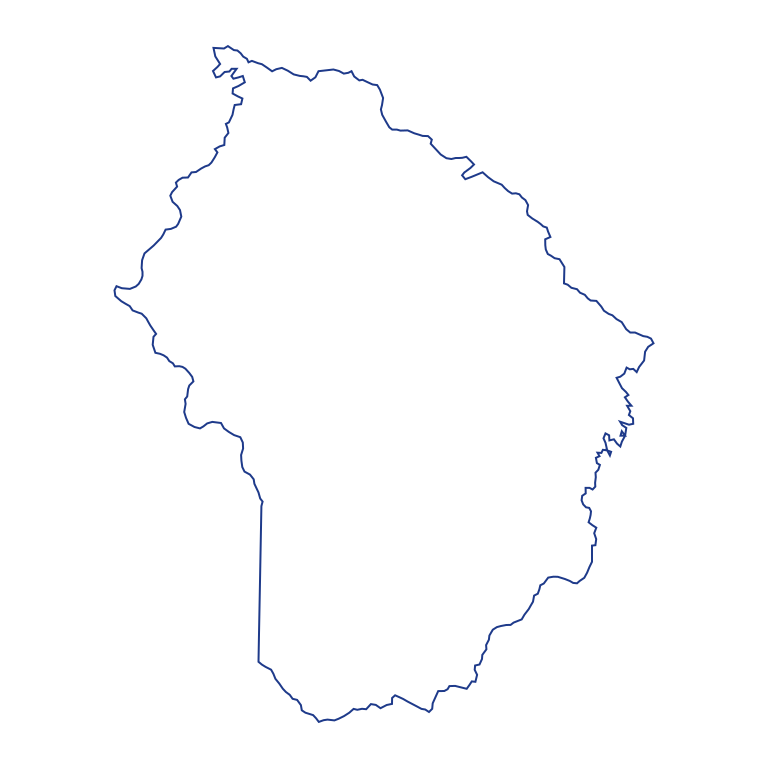 the district of Reserva, Paraná, Brazil
{"feature_id": "56859067B47646649937177", "entity_name": "Reserva", "entity_type": "district", "adm_level": 2, "iso_a3": "BRA", "parent_name": "Brazil", "parent_adm1": "Paraná", "projection": "albers", "projection_center": [-50.945, -24.594], "detail": "fine", "context": "isolated", "style": "outline", "palette": "blue", "viewbox_px": 768, "rotation_deg": 0, "n_neighbors": 0, "source": "geoboundaries", "source_scale": "gbopen_adm2", "svg_char_len": 5100}
<svg xmlns="http://www.w3.org/2000/svg" viewBox="0 0 768 768"><path d="M334.4,720.4L338.5,718.8L344.0,716.1L349.3,712.7L353.6,708.9L357.3,709.8L362.0,708.8L366.2,709.2L370.9,704.1L375.8,704.9L380.5,708.2L386.7,705.0L392.0,703.9L392.1,698.0L395.1,695.3L399.8,697.4L403.2,699.0L407.5,701.5L417.6,706.8L421.5,708.9L425.2,709.5L429.0,712.0L432.2,708.8L432.7,703.3L435.0,698.2L438.2,691.1L444.3,691.0L447.6,689.2L449.4,686.1L455.1,685.9L466.7,688.8L469.5,684.9L471.8,681.4L475.4,681.8L477.1,674.8L474.7,669.8L475.1,665.5L479.5,664.5L482.0,659.0L482.3,654.9L486.4,649.3L486.1,645.1L488.9,639.7L489.4,635.5L492.8,629.7L496.9,627.1L501.0,626.0L506.2,625.0L510.6,624.9L513.6,622.6L521.7,619.4L524.5,614.6L528.8,609.0L530.7,605.6L533.0,601.7L534.1,595.6L537.8,593.7L539.4,589.2L540.3,585.3L543.8,583.5L548.2,577.6L553.4,576.7L557.8,576.8L564.9,579.0L569.9,581.0L573.1,582.9L577.0,583.3L579.6,581.0L584.3,577.8L587.1,572.7L589.5,566.9L592.0,561.8L592.0,556.9L592.0,550.7L592.0,545.6L595.4,545.2L596.2,539.1L594.2,533.2L596.3,527.7L592.4,525.2L588.6,522.3L589.8,518.5L590.6,515.0L591.0,511.3L589.2,507.9L586.0,507.3L583.2,504.4L581.6,500.3L582.2,495.8L585.7,493.4L585.6,487.9L589.6,487.9L592.6,489.5L595.3,486.6L595.1,482.8L595.8,477.2L595.5,472.7L598.3,469.8L599.9,464.9L596.9,463.1L595.9,457.8L599.5,456.2L597.5,452.7L601.4,452.9L602.9,449.8L607.2,450.4L605.5,442.8L603.5,438.3L605.5,433.4L609.1,435.3L609.4,440.4L613.9,439.3L617.0,443.6L620.3,446.5L621.9,441.6L625.1,435.7L626.3,427.9L622.2,425.2L620.1,421.7L629.0,424.7L633.2,423.8L633.0,418.3L628.9,415.0L630.3,411.2L627.1,405.8L631.4,405.7L627.9,401.6L624.9,397.3L628.4,395.0L625.9,391.9L622.0,388.2L619.1,382.7L616.6,377.8L620.3,376.7L624.3,373.6L626.6,367.6L629.8,369.3L633.3,368.9L636.7,372.1L639.1,367.0L644.1,360.5L645.1,351.7L648.2,346.8L653.5,343.3L651.0,338.6L647.3,336.8L643.2,336.1L635.0,332.5L630.2,332.5L626.2,329.2L621.7,322.1L616.5,319.1L612.4,315.3L608.7,313.9L603.9,310.7L601.3,306.6L596.4,300.9L590.6,300.5L587.8,298.4L584.8,294.8L580.0,292.7L577.0,289.2L571.4,287.8L567.7,284.7L564.0,283.4L564.4,267.0L559.5,259.2L554.6,258.2L550.8,255.6L547.8,254.0L545.8,249.5L545.3,245.3L545.2,239.3L550.4,237.0L548.0,231.4L546.8,227.6L543.2,226.4L540.7,224.1L537.8,221.9L532.3,218.5L527.7,214.9L527.0,211.3L528.1,205.1L525.4,200.1L521.9,197.5L519.4,194.3L515.9,193.3L512.1,193.6L508.1,191.1L504.7,188.0L501.7,184.7L493.7,181.3L488.0,177.1L482.6,172.3L471.7,176.8L465.3,179.2L462.1,175.3L464.3,172.5L470.4,168.0L474.0,164.5L470.9,161.2L466.4,156.8L462.3,157.8L459.1,158.0L455.7,158.0L451.4,159.0L446.4,158.2L440.7,154.5L430.7,143.7L431.8,139.6L428.0,136.1L422.6,135.9L419.0,134.7L414.3,133.3L407.7,130.4L400.4,130.6L396.9,129.6L392.2,129.6L389.3,127.3L385.9,121.5L382.2,114.8L380.9,109.4L382.0,105.1L383.1,98.0L379.9,89.6L377.2,85.1L372.6,84.5L367.2,82.0L362.6,79.8L359.3,80.4L354.2,76.5L351.5,71.2L348.3,72.8L343.8,73.6L339.0,71.0L333.4,69.5L318.5,71.2L315.4,77.3L310.6,80.7L306.9,76.9L303.5,76.3L299.8,75.9L293.7,74.4L287.8,70.7L281.9,67.9L276.3,69.2L272.1,71.3L267.1,67.7L261.9,64.2L258.1,63.2L251.9,60.9L248.5,62.3L246.9,58.8L243.2,56.6L240.7,53.3L237.4,50.5L233.9,50.1L227.9,46.1L224.0,48.5L213.5,47.9L215.3,56.4L220.1,64.0L217.4,67.0L213.0,71.0L216.0,77.4L220.1,76.4L224.6,72.0L229.4,71.5L231.6,68.8L236.6,68.8L231.4,76.0L233.4,78.7L238.5,77.4L242.8,76.0L244.8,82.3L238.5,86.0L233.0,88.4L232.6,93.5L237.9,96.4L242.4,98.5L241.1,104.2L234.7,105.0L233.6,109.3L232.5,114.8L228.9,122.4L225.9,123.9L227.2,127.5L228.4,133.0L224.7,137.7L224.3,145.0L219.7,146.4L214.9,149.1L217.4,152.4L214.7,157.4L211.4,162.6L208.7,165.2L205.1,166.4L201.2,168.5L196.0,172.0L191.5,172.4L188.0,177.5L182.5,177.7L178.7,179.9L175.9,182.6L177.1,186.6L172.1,192.1L170.3,195.7L172.6,201.8L177.3,206.0L180.0,210.1L181.3,216.6L178.1,224.0L176.1,226.7L170.9,228.9L165.6,229.6L163.3,234.4L161.1,237.9L153.7,245.5L144.5,253.4L142.1,260.2L141.6,268.1L142.5,271.8L142.5,275.9L141.4,279.4L138.7,283.9L135.8,286.5L129.9,288.9L121.8,288.2L116.5,286.2L114.5,290.3L115.3,296.0L121.3,301.2L125.6,303.8L129.7,306.1L132.6,310.4L138.3,312.6L141.7,313.7L146.3,318.3L148.2,321.8L150.3,325.5L153.9,330.8L156.1,333.9L153.5,336.8L152.7,344.8L155.4,352.8L160.0,353.8L163.6,355.3L167.0,357.6L169.3,361.1L172.9,363.3L174.8,366.4L179.3,366.2L182.5,366.9L185.4,368.7L189.3,373.0L192.2,376.9L193.4,381.4L189.3,385.5L188.1,389.1L187.2,396.5L184.9,399.3L185.6,403.9L184.2,412.0L186.0,417.8L188.6,423.8L194.5,427.0L200.0,428.4L203.4,426.4L207.2,423.4L212.3,421.9L221.0,423.0L224.0,428.4L228.8,431.9L234.1,435.1L240.3,437.2L242.8,442.5L243.1,448.5L241.1,455.0L241.4,460.6L242.3,467.1L244.5,471.6L250.0,474.6L253.7,479.3L254.4,483.8L258.5,492.5L260.2,498.5L262.6,501.6L261.4,506.1L259.8,592.1L259.0,633.9L258.5,661.8L261.9,664.6L265.6,666.9L271.1,669.7L273.4,673.8L275.4,678.8L279.3,683.6L282.8,688.7L285.9,692.0L289.8,694.9L292.6,698.8L297.1,699.9L300.9,705.1L301.8,710.3L305.4,712.7L313.1,715.1L316.1,718.3L318.8,721.9L323.6,720.2L327.5,719.6L334.4,720.4ZM625.1,435.7L620.5,435.7L621.8,431.2L625.1,435.7ZM607.2,450.4L609.9,455.5L611.1,451.8L607.2,450.4Z" fill="none" stroke="#1e3a8a" stroke-width="2"/></svg>